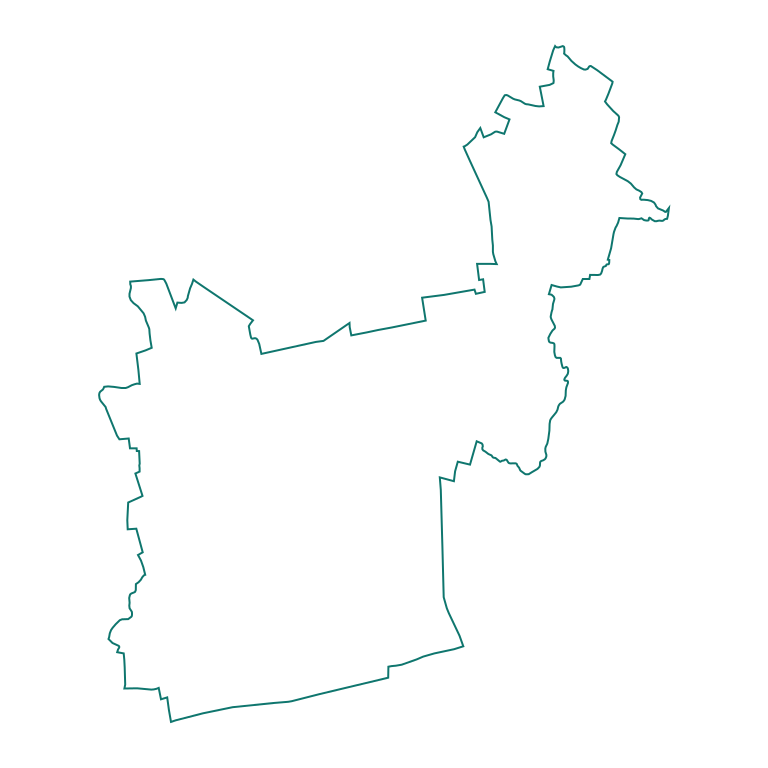 outline of Chau Thanh, Tiền Giang, Vietnam
{"feature_id": "81297802B2434648618604", "entity_name": "Chau Thanh", "entity_type": "district", "adm_level": 2, "iso_a3": "VNM", "parent_name": "Vietnam", "parent_adm1": "Tiền Giang", "projection": "natural_earth1", "projection_center": [106.308, 10.422], "detail": "fine", "context": "isolated", "style": "outline", "palette": "teal", "viewbox_px": 768, "rotation_deg": 0, "n_neighbors": 0, "source": "geoboundaries", "source_scale": "gbopen_adm2", "svg_char_len": 6079}
<svg xmlns="http://www.w3.org/2000/svg" viewBox="0 0 768 768"><path d="M668.9,208.0L665.9,211.9L665.2,211.9L663.1,210.5L658.0,208.4L656.1,206.2L655.5,204.6L654.0,202.5L651.1,200.9L647.9,200.1L643.6,199.7L641.3,199.8L640.3,199.1L640.1,197.5L642.2,193.5L641.4,192.1L639.2,190.7L636.4,189.4L634.1,187.4L630.9,183.6L627.8,181.2L619.8,176.9L617.3,175.2L616.4,174.0L616.9,171.8L620.6,165.2L625.3,154.2L618.7,149.0L612.6,144.5L611.2,143.2L611.6,141.0L614.0,135.0L615.7,130.3L617.4,124.9L618.7,121.7L619.1,117.2L618.4,115.7L613.1,110.9L607.2,104.4L605.0,101.5L605.9,99.8L608.4,93.8L612.3,83.4L612.6,81.7L597.2,70.2L590.8,66.0L589.9,66.1L589.2,66.5L587.6,68.9L585.5,69.6L583.9,69.5L580.9,68.1L578.2,66.5L575.3,64.4L571.5,61.0L567.6,56.4L566.1,55.4L564.1,53.6L564.3,52.5L564.4,49.4L564.2,47.3L563.9,46.7L562.8,46.1L558.5,47.5L557.5,47.4L556.5,47.3L555.7,46.8L555.1,46.1L553.2,50.3L549.8,61.4L547.7,69.2L553.5,70.9L553.2,73.1L553.2,76.4L553.7,80.2L553.6,82.2L553.4,83.1L549.6,84.9L539.8,86.7L543.6,106.1L539.1,106.4L537.3,106.2L535.5,106.0L528.3,104.4L526.2,104.2L525.0,103.8L520.8,101.1L519.3,100.5L514.8,99.4L513.1,98.7L507.6,95.4L506.2,95.0L504.7,95.3L502.9,98.2L495.3,112.3L504.3,117.2L509.5,119.4L504.2,133.8L497.0,131.6L495.9,131.6L495.0,131.8L491.1,134.3L483.7,137.3L480.3,128.0L477.3,132.2L475.1,137.2L467.3,144.6L464.8,146.2L463.7,146.6L464.7,149.3L469.9,160.8L487.0,198.0L488.6,201.8L490.5,220.0L491.6,226.5L492.3,239.7L492.9,245.5L492.9,251.8L493.3,254.2L495.4,261.3L496.7,264.1L491.2,263.9L477.1,263.9L479.1,280.0L483.1,279.3L484.7,291.9L475.9,293.8L474.5,289.6L444.1,294.9L422.1,297.7L425.7,320.6L391.7,327.5L378.1,330.0L366.8,332.4L351.3,335.4L349.7,327.1L349.5,323.0L323.5,340.9L316.0,341.9L261.4,353.9L259.2,343.9L257.5,339.8L256.5,338.7L255.6,338.3L254.8,338.2L252.2,338.7L251.7,338.5L251.4,338.2L251.0,337.4L250.3,334.6L248.8,326.2L250.2,323.9L253.0,320.3L204.2,287.3L195.9,281.6L193.4,279.6L192.0,283.9L190.1,288.3L187.9,296.1L187.7,297.8L186.7,300.0L184.5,302.4L181.6,302.9L177.4,302.6L175.7,308.4L166.3,283.6L164.6,280.4L164.0,279.5L163.2,279.1L161.0,278.9L149.0,280.1L130.2,281.6L130.3,284.3L130.9,286.0L130.9,288.0L129.5,293.8L129.5,296.6L130.8,300.1L133.5,303.1L137.8,306.3L143.6,313.3L145.1,316.8L145.9,320.6L148.8,327.5L149.3,329.1L149.6,333.5L150.4,340.3L151.7,347.8L145.5,350.4L136.4,353.5L138.4,370.0L139.7,383.9L137.0,383.6L134.4,384.3L131.8,385.2L128.0,387.2L125.7,388.0L121.5,388.0L114.0,386.9L108.1,386.4L104.2,386.8L103.4,388.7L102.8,389.6L100.2,391.7L99.4,393.1L99.1,395.0L99.5,398.1L100.0,399.6L100.9,401.2L105.6,407.0L106.2,409.0L117.0,435.6L119.4,439.3L128.7,438.5L130.0,448.3L136.6,448.3L136.8,451.0L139.1,451.1L139.7,463.6L139.3,465.5L139.6,468.2L139.6,471.6L135.4,473.5L142.5,495.9L140.8,496.8L128.2,502.5L127.3,520.1L127.7,529.3L136.3,528.7L142.7,552.3L138.0,555.0L141.0,560.6L143.3,567.1L145.2,574.8L144.4,575.0L143.6,575.7L142.3,577.2L140.9,579.7L138.6,582.2L135.9,584.1L135.8,590.0L135.1,591.8L134.1,592.4L131.3,593.5L130.2,594.4L129.8,595.4L129.2,598.0L129.6,602.8L129.3,605.7L129.6,608.3L131.8,611.7L132.0,612.9L132.0,614.9L131.8,616.0L131.3,616.8L128.2,619.1L122.1,619.3L119.8,620.2L115.7,624.2L112.7,627.7L111.1,630.0L109.8,633.3L109.1,637.3L108.5,639.0L112.5,643.0L118.6,645.8L119.1,646.3L119.3,647.0L119.1,647.7L118.0,649.6L117.2,652.2L123.7,653.4L124.3,659.8L124.7,667.6L125.2,684.6L124.4,688.5L137.1,688.3L151.3,689.6L153.8,689.4L156.5,688.8L158.7,687.9L161.0,699.3L167.2,697.4L168.9,709.9L171.0,721.9L175.8,720.3L203.0,713.3L232.6,707.2L273.6,703.0L288.2,701.8L291.7,701.2L319.2,694.2L388.2,677.7L388.4,666.7L391.6,666.1L395.9,665.7L401.7,664.7L416.7,659.4L423.2,656.6L434.4,653.4L454.1,649.2L463.3,646.3L459.5,635.7L448.8,613.1L446.8,608.2L443.7,597.2L442.4,546.6L440.8,490.0L439.8,477.4L453.9,481.2L455.1,471.3L457.8,461.7L470.0,464.6L476.7,441.3L481.7,443.4L482.5,444.5L482.8,446.3L482.3,447.8L482.4,449.3L483.2,450.4L485.3,451.6L488.4,454.0L491.5,455.4L492.8,457.3L493.6,457.7L495.5,458.0L499.9,461.6L500.5,461.7L501.9,460.8L503.8,460.5L504.8,459.9L505.8,459.5L506.7,459.9L508.4,462.6L509.0,463.1L510.2,463.4L515.3,463.3L516.1,463.5L516.7,463.9L517.5,465.8L519.1,467.7L520.2,470.2L520.7,470.8L524.9,473.9L525.9,474.3L528.7,474.2L531.7,472.3L537.5,468.9L539.4,466.9L539.9,465.6L540.1,462.4L540.4,461.7L541.2,461.0L543.2,460.3L544.8,459.3L545.5,458.5L546.3,456.6L546.4,455.0L545.4,451.7L545.3,448.7L545.7,446.9L547.3,443.6L548.3,438.9L549.4,430.6L549.6,423.9L550.2,420.3L550.8,419.1L551.7,417.8L556.2,412.3L557.5,409.7L558.3,406.4L558.9,405.2L559.9,403.8L562.8,401.9L563.5,401.2L564.6,399.6L565.6,395.9L565.8,390.5L566.1,388.7L566.4,387.2L567.9,383.2L568.0,382.4L567.9,381.4L567.6,381.0L567.1,380.8L565.0,380.6L564.4,380.0L564.3,379.6L564.6,378.6L565.1,377.7L566.6,375.8L567.8,373.8L568.2,371.7L568.2,370.5L567.8,368.3L566.7,367.1L566.2,367.0L564.6,367.8L563.7,368.0L563.2,367.9L562.8,367.5L562.4,366.7L561.6,363.6L561.2,361.5L560.9,358.5L560.2,357.9L556.7,357.9L556.2,357.6L555.5,356.9L554.9,355.2L554.3,351.9L554.5,346.1L554.4,344.3L554.1,343.6L553.7,343.3L552.6,342.9L550.4,342.6L549.3,341.9L548.9,341.1L548.5,338.9L548.4,337.8L550.3,333.9L552.3,330.8L552.8,330.2L554.5,328.7L555.0,327.7L554.8,325.9L551.4,319.3L550.8,317.5L550.7,316.5L551.5,312.4L552.1,310.2L552.4,309.6L553.0,303.9L554.3,299.6L554.4,298.5L554.0,297.2L553.5,296.5L552.0,295.1L551.5,294.7L548.9,294.2L551.6,285.0L556.8,286.5L560.8,287.4L571.2,286.7L577.9,285.5L578.8,285.3L580.2,284.6L582.8,279.0L589.4,279.0L590.1,274.9L598.0,275.0L600.1,274.6L600.6,274.1L601.2,273.3L602.1,270.8L602.5,268.9L603.1,267.3L603.6,266.8L605.8,266.0L606.5,264.6L606.9,264.4L608.6,264.2L609.0,263.7L609.2,262.5L609.3,260.0L607.8,259.7L611.1,248.3L613.5,234.1L614.0,231.9L615.6,227.5L616.5,226.1L618.1,222.6L619.4,218.0L627.3,218.5L633.6,218.6L638.2,219.1L639.2,219.0L641.5,218.3L644.1,220.1L646.1,220.5L648.0,220.5L648.5,220.3L648.8,219.6L648.9,218.4L649.3,217.8L649.5,217.7L650.4,218.1L651.8,219.5L654.8,221.2L656.6,221.2L657.5,220.9L659.3,220.6L662.1,220.9L663.4,220.5L664.3,219.6L665.4,219.0L667.1,218.8L667.9,215.7L668.9,208.0Z" fill="none" stroke="#0f766e" stroke-width="2"/></svg>